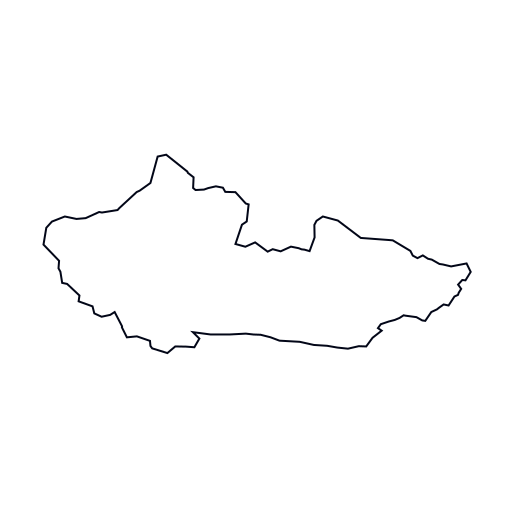 Oruk Anam, Akwa Ibom, Nigeria (Natural Earth projection), rotated 64°
{"feature_id": "59680162B34726688570577", "entity_name": "Oruk Anam", "entity_type": "district", "adm_level": 2, "iso_a3": "NGA", "parent_name": "Nigeria", "parent_adm1": "Akwa Ibom", "projection": "natural_earth1", "projection_center": [7.671, 4.827], "detail": "fine", "context": "isolated", "style": "outline", "palette": "ink", "viewbox_px": 512, "rotation_deg": 64, "n_neighbors": 0, "source": "geoboundaries", "source_scale": "gbopen_adm2", "svg_char_len": 1663}
<svg xmlns="http://www.w3.org/2000/svg" viewBox="0 0 512 512"><g transform="rotate(64 256 256)"><path d="M355.0,70.0L350.9,85.2L345.5,91.8L343.6,94.6L336.3,99.6L333.9,102.6L328.6,105.8L328.7,111.8L324.4,114.9L319.1,115.0L301.9,126.2L300.1,129.2L285.7,153.9L260.0,166.9L249.8,178.6L250.9,186.2L253.6,189.9L265.0,195.2L275.1,205.7L271.5,209.7L270.0,212.1L267.7,214.2L262.9,220.5L262.6,231.8L257.2,238.0L257.2,243.6L243.4,250.8L243.0,261.5L236.2,269.2L221.7,254.9L220.9,249.2L206.4,240.0L204.3,242.2L189.6,246.5L184.9,255.5L180.1,255.8L175.8,261.5L174.0,269.2L173.5,273.6L170.2,281.4L167.3,282.7L157.9,277.6L151.4,280.8L150.1,280.7L129.2,290.6L125.6,292.3L123.5,300.8L138.1,313.6L144.1,318.9L146.3,332.0L146.2,335.2L153.0,357.8L154.0,360.3L149.4,375.4L147.7,377.7L147.3,392.5L144.0,401.1L136.7,410.5L135.6,424.3L138.7,432.1L152.6,442.0L174.0,435.1L180.5,438.9L184.4,438.7L195.2,442.0L198.3,438.0L214.1,432.0L219.0,435.3L229.6,425.0L236.7,426.5L242.9,421.4L245.0,412.9L244.4,407.6L260.5,407.2L261.3,407.8L272.5,407.7L276.0,398.3L285.8,388.5L290.6,390.3L293.5,389.8L304.4,378.2L301.9,368.2L306.9,358.4L311.0,351.4L305.4,343.1L296.8,346.1L306.7,331.1L315.1,313.8L321.3,299.2L325.5,292.6L328.8,286.4L335.4,278.6L342.4,272.0L352.3,254.3L361.3,243.0L367.9,231.4L373.9,223.1L379.6,214.0L382.1,203.2L385.6,196.6L380.6,187.1L378.2,175.8L374.3,178.0L372.0,173.7L373.1,165.3L374.3,159.3L374.6,154.1L374.0,149.3L375.1,147.9L381.3,138.6L386.8,134.8L388.5,132.3L383.2,123.0L383.3,116.7L382.8,114.6L381.8,108.6L384.9,104.6L379.4,95.4L379.5,91.5L377.8,89.8L375.5,86.0L370.3,86.9L368.0,81.1L369.7,78.4L364.4,70.0L355.0,70.0Z" fill="none" stroke="#020617" stroke-width="2"/></g></svg>